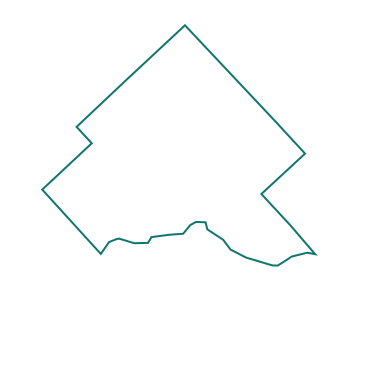 Tazewell, Illinois, United States of America (Albers equal-area conic projection), rotated 228°
{"feature_id": "52423323B60966771956899", "entity_name": "Tazewell", "entity_type": "district", "adm_level": 2, "iso_a3": "USA", "parent_name": "United States of America", "parent_adm1": "Illinois", "projection": "albers", "projection_center": [-89.62, 40.534], "detail": "fine", "context": "isolated", "style": "outline", "palette": "teal", "viewbox_px": 384, "rotation_deg": 228, "n_neighbors": 0, "source": "geoboundaries", "source_scale": "gbopen_adm2", "svg_char_len": 565}
<svg xmlns="http://www.w3.org/2000/svg" viewBox="0 0 384 384"><g transform="rotate(228 192 192)"><path d="M320.6,298.3L319.2,216.4L317.9,160.9L317.6,149.8L295.3,150.1L294.0,82.3L207.0,82.8L210.3,96.8L207.7,103.8L207.5,104.3L206.2,106.6L192.6,114.8L183.6,125.3L185.6,131.7L175.5,146.4L166.9,157.5L168.6,168.6L167.1,174.9L160.4,181.8L154.0,178.4L135.6,183.2L123.5,182.1L107.1,188.3L83.8,202.5L80.0,206.4L78.8,213.0L77.3,222.9L69.7,237.1L63.4,241.9L100.9,242.8L144.1,242.2L144.9,301.7L188.5,301.2L320.6,298.3Z" fill="none" stroke="#0f766e" stroke-width="2"/></g></svg>